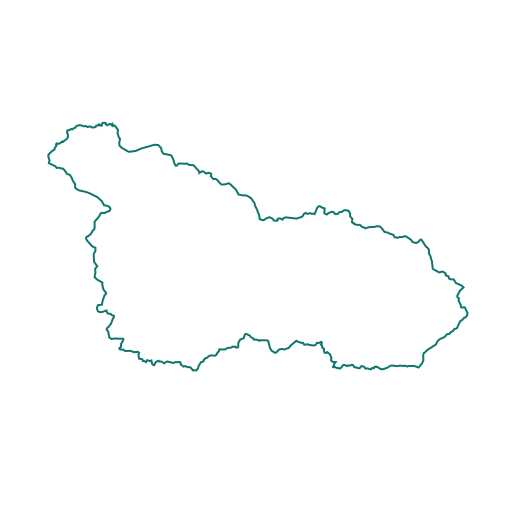 the district of Aymaraes, Apurímac, Peru, rotated 95°
{"feature_id": "86281439B92095517476211", "entity_name": "Aymaraes", "entity_type": "district", "adm_level": 2, "iso_a3": "PER", "parent_name": "Peru", "parent_adm1": "Apurímac", "projection": "albers", "projection_center": [-73.254, -14.321], "detail": "fine", "context": "isolated", "style": "outline", "palette": "teal", "viewbox_px": 512, "rotation_deg": 95, "n_neighbors": 0, "source": "geoboundaries", "source_scale": "gbopen_adm2", "svg_char_len": 6098}
<svg xmlns="http://www.w3.org/2000/svg" viewBox="0 0 512 512"><g transform="rotate(95 256 256)"><path d="M298.7,41.8L297.3,40.7L294.4,40.3L289.0,43.5L289.0,44.8L289.5,46.2L289.1,47.3L286.9,47.7L283.1,50.2L280.4,50.2L279.6,51.7L278.9,51.9L277.9,52.0L272.6,49.7L269.3,46.5L267.6,48.4L265.5,54.5L262.0,57.1L262.3,58.8L262.0,61.3L259.2,62.8L258.9,65.2L257.0,65.5L255.3,68.3L255.4,69.6L256.3,71.4L256.2,72.6L253.4,78.8L245.8,80.3L243.4,81.5L241.3,82.0L238.7,83.8L234.4,84.4L232.4,86.4L232.0,87.4L225.3,92.6L225.4,93.7L227.8,95.5L228.8,96.9L229.0,99.1L228.2,101.6L226.3,103.0L223.3,108.4L223.3,109.6L224.4,111.7L224.6,114.8L225.6,116.5L225.2,118.0L225.4,119.3L222.9,121.1L222.1,124.8L221.2,126.8L220.8,130.1L216.8,133.7L215.7,135.7L215.8,138.2L216.7,140.5L217.4,145.9L218.9,149.6L218.1,150.7L218.0,152.5L215.9,155.3L216.2,158.0L215.6,161.0L214.6,161.4L214.5,162.8L213.8,163.4L210.6,163.2L208.4,165.7L205.4,166.0L203.2,167.4L202.8,168.2L202.5,171.1L202.9,172.4L204.7,174.6L205.0,176.6L207.0,178.4L207.4,180.0L207.3,180.9L205.8,182.1L205.2,184.1L207.1,187.7L208.5,189.0L207.7,191.4L206.9,191.8L202.6,191.7L202.1,194.3L201.1,196.0L200.9,197.8L203.0,199.4L209.1,201.2L208.7,201.9L209.2,204.2L208.6,205.5L209.6,208.8L208.8,210.4L209.7,211.8L212.8,213.3L215.2,218.9L214.9,229.6L215.8,231.8L217.4,232.7L216.4,235.5L216.8,237.1L217.3,237.7L218.7,237.7L219.1,238.2L219.1,241.3L217.2,243.0L216.2,246.0L217.3,248.5L219.7,251.6L219.2,255.0L219.0,255.5L214.3,256.6L212.4,258.0L210.4,258.6L206.2,261.2L203.5,262.1L198.6,266.2L196.8,270.0L196.5,272.3L196.8,274.6L196.3,278.7L191.6,281.8L186.3,288.5L185.9,289.6L187.0,292.1L187.9,295.9L187.3,297.4L183.2,301.9L182.7,303.0L183.1,305.2L180.4,307.9L177.9,307.8L177.2,310.7L178.3,312.8L176.6,315.4L176.3,317.4L178.3,319.7L176.6,320.1L171.0,326.2L171.1,330.5L169.8,332.9L170.3,334.5L170.4,339.3L170.8,341.4L172.9,342.8L173.0,343.9L171.2,345.2L166.8,346.9L163.6,348.9L162.9,350.2L162.2,357.2L159.5,359.2L156.9,359.8L154.0,363.0L154.0,366.8L158.8,379.4L161.8,385.0L163.1,390.5L163.2,392.1L160.0,399.1L158.0,401.6L155.3,402.1L151.0,401.7L149.7,403.0L145.9,404.6L142.3,404.5L138.4,408.0L138.3,409.6L139.0,409.8L138.6,410.7L137.0,410.7L137.8,411.7L137.1,413.2L137.9,414.0L138.0,415.1L138.7,415.7L137.6,417.3L136.6,417.4L136.5,419.2L137.0,420.4L137.9,421.2L139.6,421.1L139.5,423.4L138.9,423.3L138.5,424.1L139.7,424.8L140.1,426.6L141.6,427.1L142.1,429.0L142.2,431.0L141.4,432.2L141.5,433.4L142.3,435.0L141.3,437.0L141.8,438.5L140.9,442.9L141.9,445.6L142.8,446.8L143.7,447.0L145.1,449.3L145.8,449.7L145.6,451.3L146.5,452.3L147.4,454.7L149.4,455.1L151.1,454.1L153.6,453.6L155.8,454.6L158.4,457.5L158.7,458.6L159.3,458.5L159.5,459.8L160.9,461.1L161.6,463.4L161.1,464.1L161.5,464.6L162.2,465.0L163.5,464.4L165.9,465.9L167.5,466.0L169.3,468.4L173.3,471.7L175.1,471.5L178.9,470.0L181.5,470.5L184.1,463.7L185.6,462.4L185.2,459.7L185.8,457.9L185.7,456.1L187.4,454.0L190.8,451.3L191.3,448.7L193.2,447.0L197.3,444.8L200.0,442.5L203.6,442.1L204.5,441.2L206.0,438.3L207.0,430.9L207.9,427.6L211.1,419.3L214.9,414.3L218.6,411.9L219.2,407.8L219.9,406.3L221.5,405.1L223.9,405.8L225.4,409.3L226.4,410.4L226.4,413.3L226.9,414.3L230.5,415.9L235.9,419.8L241.6,419.2L243.8,419.5L244.4,420.5L248.5,422.5L250.9,425.0L251.4,426.2L252.3,426.7L253.6,426.8L255.3,425.7L260.0,420.7L261.1,419.1L261.8,416.7L264.8,416.4L267.9,417.7L269.2,417.8L275.9,416.8L280.0,413.3L282.9,415.1L286.4,414.5L291.1,415.0L293.3,412.2L295.9,406.7L297.9,406.7L302.6,405.1L306.0,402.0L307.1,402.3L308.4,403.5L314.5,405.0L317.9,405.2L318.8,409.2L321.9,410.0L324.7,408.8L325.3,407.7L325.5,405.6L325.1,404.2L323.3,400.2L325.5,399.4L326.2,398.4L326.4,395.6L327.3,394.7L328.1,392.3L329.7,392.4L331.5,393.3L336.0,394.5L339.6,396.8L340.7,398.0L342.1,398.5L344.3,396.6L350.0,395.0L351.3,392.6L350.6,390.2L350.0,381.1L350.5,380.9L353.0,381.5L355.1,382.7L358.4,382.6L359.6,384.0L360.4,384.0L361.0,382.7L360.8,379.9L361.7,378.9L362.0,377.6L361.4,372.7L362.5,369.2L361.7,365.3L362.7,364.0L364.5,364.5L368.4,363.6L368.8,360.2L370.5,359.5L370.4,358.2L371.3,356.2L369.3,355.4L369.9,352.6L369.2,351.1L372.2,350.3L373.3,349.3L373.7,347.9L371.1,347.0L369.4,345.3L368.8,343.9L369.6,343.2L369.4,341.0L370.9,338.1L368.8,335.3L369.8,328.9L368.8,327.3L368.3,322.5L369.1,321.7L370.5,321.6L372.5,318.6L371.8,316.8L372.8,314.2L372.4,312.4L373.4,310.7L375.5,308.9L375.1,308.0L375.3,305.6L373.1,304.0L370.6,303.6L366.5,301.5L365.6,299.1L364.2,299.1L363.5,298.2L362.2,297.6L361.9,296.1L359.8,294.2L358.9,292.3L358.9,288.3L358.3,287.4L357.2,286.4L355.6,286.0L354.3,284.7L352.2,284.5L351.9,279.0L350.1,276.3L349.5,273.1L348.2,271.2L348.5,270.2L348.0,268.7L349.0,267.9L348.4,265.8L344.4,266.1L340.5,264.4L339.0,261.1L335.1,260.3L334.4,259.1L335.8,255.4L337.4,253.9L338.4,251.3L339.5,251.0L339.3,247.0L340.3,245.2L339.5,244.4L339.1,237.5L339.6,236.4L346.6,234.0L349.2,231.9L350.8,228.4L350.1,227.1L347.2,225.0L346.3,222.1L346.7,219.9L344.8,215.4L342.3,213.8L336.9,208.4L337.6,207.3L338.6,203.0L338.4,201.6L340.2,200.2L339.4,196.6L340.0,195.4L340.1,190.2L339.4,188.9L337.1,187.6L337.3,186.2L335.9,183.5L336.8,182.8L338.7,183.5L339.4,182.4L341.6,182.0L342.4,180.2L344.8,180.0L346.3,179.3L346.5,178.0L345.5,176.5L346.7,175.3L346.8,174.6L347.6,173.6L351.5,171.8L353.0,172.3L353.7,171.9L354.4,171.2L355.0,169.3L354.7,167.5L357.0,168.8L358.5,168.9L359.7,169.7L360.1,169.0L359.8,167.2L360.7,165.2L360.4,164.4L360.8,162.6L359.5,161.1L358.2,160.6L356.9,159.4L356.8,158.4L357.8,155.4L357.0,154.8L356.9,152.4L356.0,151.2L356.3,149.7L358.2,148.4L358.3,146.0L358.8,145.1L358.7,142.9L356.4,141.3L356.9,138.8L358.7,137.0L358.2,135.3L358.9,132.5L358.6,131.4L357.4,130.5L357.5,128.7L356.4,128.5L355.9,127.9L356.1,126.6L355.8,125.6L357.7,122.2L357.8,119.8L355.8,115.4L353.6,112.5L353.3,111.2L353.4,105.4L352.6,103.0L352.8,100.4L352.3,98.0L352.9,95.7L352.3,94.3L351.7,89.0L352.9,84.3L348.4,81.2L345.4,80.2L339.9,80.8L338.1,80.4L336.9,78.9L334.8,77.3L328.5,69.1L326.2,68.3L324.0,66.9L322.6,65.3L320.3,61.1L317.3,58.9L316.5,56.2L314.9,55.5L313.6,53.3L311.3,51.9L311.2,50.8L310.2,49.5L302.9,46.8L302.0,45.2L299.5,43.3L298.7,41.8Z" fill="none" stroke="#0f766e" stroke-width="2"/></g></svg>